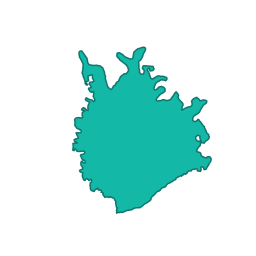 Mokhotlong, Mokhotlong, Lesotho (Albers equal-area conic projection), rotated 40°
{"feature_id": "5366337B57238161912633", "entity_name": "Mokhotlong", "entity_type": "district", "adm_level": 2, "iso_a3": "LSO", "parent_name": "Lesotho", "parent_adm1": "Mokhotlong", "projection": "albers", "projection_center": [29.07, -29.31], "detail": "fine", "context": "isolated", "style": "filled", "palette": "teal", "viewbox_px": 256, "rotation_deg": 40, "n_neighbors": 0, "source": "geoboundaries", "source_scale": "gbopen_adm2", "svg_char_len": 5792}
<svg xmlns="http://www.w3.org/2000/svg" viewBox="0 0 256 256"><g transform="rotate(40 128 128)"><path d="M174.0,200.4L175.1,198.6L176.2,198.0L176.5,196.9L177.8,196.5L178.2,196.0L180.0,192.2L183.3,188.3L184.3,185.5L185.9,183.5L188.3,181.5L189.2,178.3L189.4,175.9L190.4,173.5L191.3,170.4L191.6,168.2L190.6,166.5L190.5,165.6L191.0,162.7L191.2,157.9L192.4,156.1L192.6,155.1L192.5,153.4L192.7,151.5L193.6,150.6L194.5,148.7L194.1,146.3L194.5,144.5L195.4,143.1L195.7,141.7L196.3,140.7L196.8,138.2L197.4,137.4L197.5,136.3L197.0,135.8L197.7,133.7L199.0,130.8L199.4,130.4L200.0,130.4L199.9,128.4L200.1,127.8L200.4,128.4L201.0,126.5L201.8,126.3L202.2,124.7L202.1,124.0L201.9,124.0L202.0,121.7L203.4,120.9L204.0,120.1L203.7,119.5L203.8,118.7L206.5,115.4L207.6,115.1L208.8,116.2L211.4,114.6L210.6,112.6L209.4,111.9L209.0,111.2L209.1,110.6L211.2,109.5L212.5,110.7L213.1,110.9L214.3,109.4L213.4,105.5L213.7,105.1L213.0,103.1L212.9,100.6L211.5,98.2L209.9,97.5L208.4,97.9L207.4,98.9L207.2,100.6L206.5,101.1L203.9,101.9L202.4,102.1L200.9,101.8L200.4,100.9L199.9,100.6L198.5,100.6L197.8,101.2L195.8,101.7L194.7,100.8L194.9,100.0L194.3,98.0L194.6,95.1L193.5,93.2L192.0,92.1L191.3,92.0L190.8,92.3L190.2,93.3L189.2,93.4L187.1,93.0L185.6,91.5L186.1,88.6L188.4,88.0L189.6,89.6L192.6,91.1L193.0,91.6L194.2,91.8L196.0,90.7L195.9,88.7L196.7,85.3L196.7,84.1L196.0,82.6L195.1,82.3L194.1,81.3L191.0,81.0L189.6,80.0L186.3,78.6L185.6,77.8L184.6,78.0L179.3,76.6L178.1,76.7L176.9,76.1L176.0,76.5L176.2,77.3L175.8,79.0L175.4,79.8L174.5,80.5L173.0,80.6L171.5,79.3L171.0,78.0L170.8,76.3L172.4,71.5L172.5,69.6L171.9,67.7L171.0,61.9L171.9,59.1L171.6,57.5L170.9,56.7L169.9,56.8L167.8,58.0L166.3,60.1L165.5,60.8L163.5,60.3L160.9,60.4L159.4,63.4L159.3,65.7L159.6,66.8L161.4,68.0L162.4,69.5L162.3,71.1L161.2,72.7L160.5,73.3L158.7,77.0L158.4,78.7L158.0,78.8L158.1,79.1L157.5,79.5L157.2,79.4L157.0,78.5L156.0,77.4L155.5,75.1L154.1,73.9L149.3,73.4L147.2,72.7L146.3,72.4L146.4,71.8L145.7,70.5L144.2,69.8L141.7,69.4L141.5,69.8L141.5,72.1L142.0,74.2L141.9,75.7L142.3,78.7L141.6,80.1L140.2,82.0L137.1,83.4L136.3,84.3L135.8,85.5L133.0,88.7L131.5,88.4L130.9,86.2L131.1,81.3L132.1,79.0L132.7,76.0L131.5,74.5L130.5,74.0L129.1,73.9L126.9,74.6L125.4,76.6L125.0,80.8L123.8,81.6L123.3,81.6L122.3,81.0L121.1,77.8L120.6,75.6L120.9,73.6L121.6,72.5L121.9,71.1L122.8,69.4L125.7,67.7L126.3,67.7L126.6,67.0L126.5,65.9L125.8,64.8L124.8,64.6L123.6,65.2L122.4,65.4L119.2,67.8L118.0,68.3L117.2,69.2L115.2,74.9L113.5,75.3L108.9,72.5L105.5,71.2L105.2,69.7L105.8,68.5L106.5,68.5L107.5,69.9L108.3,70.1L110.1,68.0L110.2,66.7L109.7,65.8L107.5,64.8L100.0,70.2L99.8,71.0L100.3,72.5L100.9,73.2L103.4,73.5L103.8,73.9L105.1,76.2L104.7,77.3L103.9,78.0L103.3,78.3L101.8,78.3L101.0,78.0L99.8,76.4L97.4,74.8L96.3,73.1L93.8,70.7L93.5,69.6L94.0,68.0L93.5,65.2L93.3,64.0L92.1,61.5L91.7,58.8L90.8,56.2L89.7,55.6L88.7,55.7L87.7,56.4L84.6,61.1L84.1,63.3L83.8,66.3L86.7,71.2L86.8,71.9L86.4,72.8L84.7,74.0L80.7,75.2L80.4,75.5L76.4,75.2L73.1,75.9L72.4,76.4L71.7,77.7L72.2,78.8L73.3,80.1L74.9,80.7L75.7,80.3L77.7,81.1L85.2,80.8L87.2,81.0L89.5,82.0L91.4,83.5L91.8,85.3L91.7,87.6L90.2,89.0L89.3,93.5L90.6,98.3L89.9,100.6L90.3,101.9L90.2,102.3L90.7,102.9L90.3,104.4L89.9,104.8L90.6,108.6L90.1,109.5L87.5,109.7L85.3,109.1L78.7,104.6L77.7,103.0L75.2,101.5L74.1,100.4L69.9,98.2L66.5,98.4L65.3,99.3L64.0,99.8L61.2,102.4L58.2,104.2L56.9,104.4L55.3,103.9L51.8,101.0L43.3,98.8L42.5,99.2L41.9,99.9L41.7,101.0L42.9,102.8L45.3,104.8L49.5,106.4L52.6,107.9L56.2,112.8L57.5,115.4L59.5,116.3L60.8,117.5L62.5,118.2L65.6,120.2L66.5,121.4L68.3,121.7L68.9,121.5L69.2,121.1L69.0,120.7L67.0,120.4L66.2,119.5L67.4,117.3L67.2,116.8L65.1,115.2L64.6,114.4L64.2,114.3L64.0,113.7L65.1,112.3L65.8,110.6L66.6,110.2L68.9,112.8L70.6,113.2L71.6,113.9L71.2,115.6L69.4,117.5L69.7,118.2L69.7,118.9L70.0,119.2L73.4,120.0L73.5,120.8L73.1,121.9L72.3,122.8L72.7,123.5L75.7,124.5L77.5,123.9L77.6,122.8L78.1,122.4L78.4,122.5L79.6,123.5L81.2,126.3L84.2,127.4L84.9,128.5L84.8,129.6L84.2,130.1L83.2,129.5L82.7,129.6L81.2,130.5L78.9,131.3L76.8,131.6L76.7,131.9L76.9,133.3L77.5,133.8L78.4,133.9L79.1,133.5L82.2,133.1L83.0,136.6L84.8,138.9L85.8,139.4L86.0,140.2L84.9,140.9L82.0,140.6L80.7,141.1L80.4,142.9L80.9,143.9L81.6,143.7L82.8,142.8L83.8,142.6L84.1,143.2L83.1,144.8L83.3,146.0L84.6,147.6L86.1,148.7L86.4,149.4L85.9,150.4L83.7,151.6L82.3,153.0L81.6,154.4L81.7,155.6L82.2,156.4L83.2,157.0L85.4,159.9L86.3,160.4L89.1,161.0L90.1,160.8L90.4,160.4L92.0,160.5L92.8,159.8L94.5,160.6L94.8,162.0L93.9,163.1L91.7,164.4L91.5,165.2L93.8,166.4L95.1,166.7L96.4,167.7L96.3,168.2L95.2,169.6L94.3,171.5L95.1,172.3L96.2,172.6L97.1,172.0L98.2,172.0L98.6,172.4L95.8,175.2L98.3,177.8L99.3,179.6L100.2,180.5L101.2,179.9L100.8,178.4L101.7,177.7L103.6,178.6L105.1,177.9L107.4,175.7L108.3,174.5L109.7,174.0L110.4,174.2L111.0,175.5L110.5,177.0L109.2,178.4L109.2,179.5L112.5,181.2L114.2,181.5L115.3,180.7L117.2,181.4L117.4,182.4L116.9,183.2L114.3,183.0L113.7,183.5L114.5,185.3L116.0,186.7L118.6,187.4L119.6,188.6L118.3,191.2L118.3,191.8L119.4,192.3L122.2,191.6L122.7,191.9L123.6,194.0L127.5,196.3L128.7,195.9L128.7,194.0L129.3,193.2L130.9,193.0L131.8,193.3L132.2,193.0L132.2,191.5L132.6,191.1L133.4,191.2L134.3,192.0L134.7,192.9L134.4,193.8L134.4,194.4L135.9,196.5L136.9,197.1L137.9,198.4L139.3,199.3L140.1,199.4L142.7,198.5L142.8,197.7L142.6,197.5L142.5,195.8L143.0,195.4L143.3,193.8L143.5,193.6L144.0,193.6L144.7,194.4L145.3,194.5L145.8,194.4L146.5,193.2L147.8,192.9L148.3,193.2L148.6,194.4L150.8,193.8L151.7,195.3L152.8,195.3L153.7,195.8L154.9,196.0L155.4,195.3L155.6,194.4L157.9,193.6L158.7,191.9L159.6,192.1L160.5,191.3L161.5,191.3L162.6,190.9L163.7,191.2L164.6,191.9L165.7,191.9L166.8,193.4L169.7,195.8L170.5,196.3L171.4,196.1L171.6,197.7L172.3,198.7L173.3,199.2L173.5,200.0L174.0,200.4Z" fill="#14b8a6" stroke="#0f766e" stroke-width="1.5"/></g></svg>